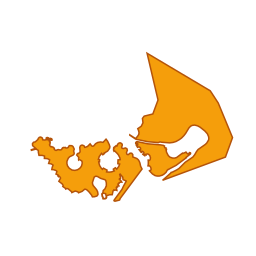 66, Ad Dawhah, Qatar, rotated 166°
{"feature_id": "91078587B46503062575408", "entity_name": "66", "entity_type": "district", "adm_level": 2, "iso_a3": "QAT", "parent_name": "Qatar", "parent_adm1": "Ad Dawhah", "projection": "orthographic", "projection_center": [51.544, 25.36], "detail": "fine", "context": "isolated", "style": "filled", "palette": "amber", "viewbox_px": 256, "rotation_deg": 166, "n_neighbors": 0, "source": "geoboundaries", "source_scale": "gbopen_adm2", "svg_char_len": 5835}
<svg xmlns="http://www.w3.org/2000/svg" viewBox="0 0 256 256"><g transform="rotate(166 128 128)"><path d="M39.2,144.2L91.4,195.9L92.1,147.9L100.5,135.6L109.4,135.6L111.7,133.8L112.2,129.5L114.7,126.5L118.7,125.0L118.4,123.0L118.4,121.0L119.1,119.2L120.3,118.0L122.7,116.2L123.7,116.4L127.9,120.9L128.0,120.6L123.2,115.3L112.1,109.9L102.1,106.5L100.4,106.8L98.7,106.0L91.2,103.5L87.8,103.1L84.6,103.3L81.0,104.3L78.5,105.3L75.7,107.0L73.4,108.8L68.9,113.3L66.8,114.6L65.0,115.0L62.6,114.7L60.0,113.3L57.9,111.4L54.2,106.6L52.4,103.2L51.9,100.1L52.1,98.4L52.7,96.9L55.3,94.3L57.1,93.3L65.2,90.2L67.2,88.6L69.8,85.9L72.1,84.1L80.8,80.9L88.3,76.4L91.0,75.5L95.9,74.4L96.9,74.5L97.5,73.9L107.1,68.9L40.5,76.2L28.9,93.4L34.4,130.4L39.2,144.2ZM145.0,81.7L145.3,79.1L142.6,77.1L142.6,76.8L146.5,72.6L148.7,69.9L158.8,61.5L159.2,60.9L158.9,60.4L157.8,60.1L153.9,60.1L153.3,60.4L152.9,61.3L124.3,84.8L125.0,87.9L124.9,91.2L125.2,93.2L125.6,94.5L126.8,96.3L130.3,98.7L129.8,101.1L130.5,102.6L132.0,103.1L134.2,102.1L135.0,102.4L135.5,103.0L135.4,104.6L134.0,106.6L134.1,108.3L135.4,109.3L137.7,109.2L138.7,109.9L138.8,111.1L137.9,112.3L137.6,113.3L137.8,114.3L138.9,115.4L139.9,115.6L141.0,115.4L142.0,114.7L143.0,113.2L143.7,113.3L143.9,113.7L145.2,113.1L145.2,112.8L146.2,112.7L146.7,112.3L146.9,111.8L146.6,111.4L147.4,110.3L147.2,108.8L146.5,109.0L144.5,105.7L143.8,104.2L143.1,101.0L143.2,99.2L145.4,99.5L146.5,95.8L144.8,95.0L145.4,94.1L146.5,92.7L148.9,90.8L149.9,92.5L152.2,91.6L151.7,89.7L154.6,89.4L156.9,89.7L159.4,90.6L158.5,92.2L161.6,95.0L162.8,94.1L163.7,95.6L164.6,98.5L164.7,101.5L164.6,102.3L163.8,102.1L163.2,104.1L164.4,104.6L162.8,107.3L159.8,109.8L158.9,108.1L157.1,108.9L157.3,109.4L153.4,110.5L150.8,112.7L150.1,114.2L150.2,116.4L151.0,120.2L152.0,122.5L155.7,120.1L158.0,121.1L160.9,121.3L163.3,120.6L165.5,119.0L166.3,118.8L166.9,118.9L167.6,119.5L168.6,121.8L171.7,119.9L174.0,119.6L174.7,119.7L174.8,121.1L176.1,122.3L177.4,122.6L178.6,122.1L179.5,120.8L180.2,116.5L182.1,115.1L182.6,115.5L183.3,115.3L184.3,114.2L182.9,111.4L183.5,109.8L183.6,109.0L183.2,109.2L182.3,108.7L180.9,107.3L180.7,106.1L181.2,104.3L182.5,102.1L184.5,100.6L187.0,99.7L189.8,99.7L192.4,100.7L194.7,103.1L195.8,105.7L195.9,108.2L195.3,110.4L193.3,113.1L191.6,114.2L187.8,115.0L186.6,115.8L186.3,116.7L186.3,119.0L185.5,120.0L185.3,120.8L185.8,123.2L186.3,124.0L187.3,124.6L189.2,125.1L190.2,124.3L190.5,123.7L191.4,123.4L193.0,123.5L193.6,124.4L194.2,124.3L195.0,124.7L195.9,124.7L196.4,124.5L196.4,124.1L197.1,123.9L197.6,123.2L198.0,123.1L199.2,123.1L201.0,124.0L201.5,123.8L202.0,124.0L202.8,123.6L203.8,123.9L204.3,124.5L204.4,125.2L204.7,125.4L204.4,126.2L204.9,126.8L205.0,127.3L205.8,127.7L206.4,128.4L206.8,128.2L207.5,128.5L208.2,130.0L208.2,130.8L207.5,131.3L207.5,132.1L207.1,132.3L207.0,132.6L207.3,133.2L206.9,133.6L207.0,134.0L207.4,133.9L207.6,134.3L207.4,135.5L207.0,135.6L205.1,134.6L204.6,134.7L204.5,135.4L205.1,135.8L204.9,136.2L205.6,136.6L205.7,136.3L208.1,137.6L207.9,137.9L208.6,138.3L208.8,138.0L209.6,138.2L209.9,137.6L207.9,136.2L208.1,135.7L209.5,136.4L211.9,136.5L213.6,137.2L213.5,138.9L214.2,139.8L215.1,140.4L216.3,140.4L217.6,139.6L218.1,138.7L221.3,137.0L223.2,137.0L224.5,135.9L224.8,134.2L224.5,133.4L222.5,130.6L227.1,130.3L227.1,129.7L222.8,129.8L222.3,129.7L220.8,128.4L220.5,127.8L220.9,125.9L221.0,123.0L217.9,122.2L215.8,121.0L216.5,118.7L213.7,117.8L212.2,116.6L211.7,116.0L213.6,112.8L211.1,111.7L209.7,110.1L211.1,108.1L212.0,106.1L210.0,105.4L207.9,103.9L207.5,103.0L209.0,100.7L207.3,99.5L207.0,98.6L207.6,98.4L207.2,97.5L206.3,97.7L205.6,96.3L205.6,95.6L208.0,93.0L205.4,89.7L204.9,88.2L204.9,87.5L205.4,87.0L203.4,84.7L203.2,83.8L202.0,84.1L200.8,83.5L198.2,79.8L198.1,78.9L194.5,79.6L192.1,78.2L191.7,77.1L187.9,77.6L184.8,79.1L184.1,78.9L183.1,78.2L181.5,75.8L179.6,71.7L179.2,69.8L177.1,69.4L174.7,69.5L173.3,70.6L173.1,71.2L172.9,73.4L173.4,75.8L175.7,80.6L175.9,82.1L175.7,83.7L172.7,88.5L171.3,89.0L170.3,88.8L169.2,88.2L166.7,85.7L162.9,83.4L162.3,82.5L162.3,80.0L163.1,76.8L163.4,76.7L165.0,74.6L167.2,73.3L168.0,71.3L169.4,70.3L169.6,67.6L169.0,66.5L168.9,66.8L169.3,67.7L169.1,70.0L168.8,70.4L167.7,70.7L165.6,69.7L165.7,66.5L166.2,65.5L167.4,65.1L170.0,65.8L169.1,65.2L167.2,64.8L166.3,65.0L165.6,65.7L165.3,67.4L162.2,67.7L159.4,67.1L157.7,70.6L156.6,71.4L156.1,70.8L155.2,70.9L153.9,70.1L153.7,73.2L153.1,73.6L152.5,73.3L152.3,74.1L150.8,74.0L151.4,76.0L150.1,76.4L149.9,77.1L148.1,77.2L147.1,77.0L147.7,78.7L148.8,80.4L148.5,80.9L147.7,80.7L147.2,81.3L147.3,85.0L146.8,85.2L145.0,81.7ZM115.4,77.5L113.3,75.3L111.5,74.4L109.3,73.8L106.3,73.9L104.5,74.4L101.9,75.7L100.1,77.6L99.1,78.1L98.6,78.1L98.2,77.5L98.3,78.1L97.8,78.3L90.4,80.1L78.7,85.0L78.8,85.4L73.7,87.7L73.4,88.2L73.4,88.8L74.3,89.3L75.0,88.7L74.5,88.3L75.2,88.0L76.1,88.2L77.3,89.8L77.3,90.6L77.0,90.8L78.9,90.3L81.2,90.1L81.3,90.4L88.0,87.6L89.9,87.5L91.9,88.0L94.4,89.6L95.6,91.5L96.5,95.3L96.3,97.1L95.9,97.8L96.3,97.9L96.0,98.5L96.0,100.2L96.2,99.4L97.1,100.0L97.2,101.3L97.0,101.5L96.5,101.3L97.9,102.6L100.6,103.8L112.7,107.9L122.5,112.6L123.1,112.6L124.0,112.0L124.3,111.0L124.1,110.7L124.1,111.4L123.2,111.4L122.4,110.3L122.6,109.3L123.0,108.9L123.7,109.0L123.8,109.4L124.1,109.3L123.2,106.3L123.2,107.0L121.9,107.0L121.0,106.3L120.7,105.4L120.9,104.3L121.4,103.7L122.0,103.6L122.3,104.3L122.5,104.3L121.1,101.1L120.9,101.1L121.2,101.8L120.0,102.1L118.9,101.2L118.5,100.2L119.0,98.8L119.3,98.5L119.8,99.1L120.0,98.9L118.5,97.1L118.4,97.3L118.7,97.6L118.0,98.0L117.3,98.1L117.3,97.5L117.1,97.4L117.0,98.1L115.2,98.1L114.1,97.1L113.5,95.8L113.4,93.6L114.2,91.9L115.1,91.4L115.8,91.4L116.1,91.5L116.2,92.7L116.3,91.1L116.9,88.6L117.5,86.9L118.2,85.9L117.4,86.6L116.9,86.5L116.2,85.9L115.5,84.5L115.5,82.5L116.0,81.7L117.0,81.1L117.9,81.9L115.4,77.5Z" fill="#f59e0b" stroke="#b45309" stroke-width="1.5"/></g></svg>